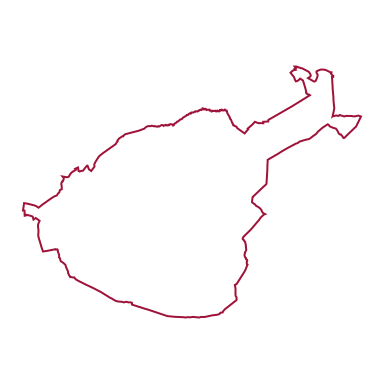 Cajvana, Suceava, Romania (Natural Earth projection)
{"feature_id": "2599482B15456779755419", "entity_name": "Cajvana", "entity_type": "district", "adm_level": 2, "iso_a3": "ROU", "parent_name": "Romania", "parent_adm1": "Suceava", "projection": "natural_earth1", "projection_center": [25.996, 47.715], "detail": "fine", "context": "isolated", "style": "outline", "palette": "rose", "viewbox_px": 384, "rotation_deg": 0, "n_neighbors": 0, "source": "geoboundaries", "source_scale": "gbopen_adm2", "svg_char_len": 5942}
<svg xmlns="http://www.w3.org/2000/svg" viewBox="0 0 384 384"><path d="M217.4,314.7L219.3,314.1L220.0,313.5L220.3,312.9L220.9,312.6L222.6,312.5L223.2,311.1L225.3,308.9L236.4,300.2L236.6,299.6L236.5,297.2L235.7,296.1L235.5,294.9L235.5,288.5L235.1,286.0L234.8,285.0L236.5,284.1L237.1,283.3L244.5,271.6L245.4,269.9L247.5,264.6L247.0,264.4L246.8,263.9L246.8,261.5L247.2,260.9L247.2,260.2L247.0,259.8L246.1,259.3L246.2,258.7L245.8,258.2L245.7,257.7L245.1,257.3L244.5,255.3L244.6,254.0L245.0,253.4L244.9,252.4L245.9,250.9L246.3,249.8L246.0,248.1L246.0,247.0L245.7,245.9L245.9,245.1L245.3,243.1L245.2,241.9L244.3,241.1L244.3,240.6L244.0,240.2L242.8,239.3L242.7,238.2L243.3,237.4L243.4,236.9L251.0,229.4L259.5,219.4L260.0,218.5L260.7,217.6L263.7,214.7L265.1,214.1L263.9,213.5L262.8,212.8L261.7,210.9L261.5,210.1L259.9,208.2L258.0,206.8L256.3,206.0L254.9,204.3L253.6,203.5L252.3,202.5L252.0,202.1L252.0,201.7L252.5,197.7L253.1,196.8L253.0,196.7L263.5,186.7L265.6,184.9L266.1,184.4L266.5,183.5L267.3,170.6L267.4,166.0L267.7,159.8L277.7,154.0L282.1,151.2L288.0,147.8L295.9,143.6L297.7,143.1L299.5,141.6L305.1,139.9L309.1,139.0L309.7,138.7L314.1,135.3L316.1,134.0L318.0,131.6L322.4,127.8L327.7,124.3L328.0,124.4L328.8,125.0L329.6,126.2L330.2,126.6L332.8,127.7L335.9,128.6L337.2,130.3L338.7,133.3L339.4,134.2L339.7,134.4L340.7,134.3L342.1,135.9L343.5,138.0L344.2,137.9L344.9,137.4L345.9,136.3L356.1,126.5L361.0,116.5L358.2,115.6L354.8,116.4L353.1,116.3L351.7,116.0L346.6,115.9L345.5,116.0L344.7,116.4L343.9,116.4L342.0,115.7L340.4,115.3L339.9,115.0L339.7,115.0L338.8,115.8L338.2,115.9L336.4,115.5L335.1,115.7L334.2,116.1L333.0,116.1L332.6,116.4L334.3,108.5L333.5,100.6L333.4,96.7L332.7,89.5L332.6,86.6L332.0,76.9L333.2,76.9L333.3,76.3L333.3,75.8L332.6,75.5L330.9,73.6L331.5,72.7L331.5,72.3L330.6,72.3L329.2,71.7L325.6,69.9L323.3,69.6L321.2,69.5L318.9,70.2L316.5,71.4L316.4,72.0L316.8,73.3L317.6,74.6L317.5,76.4L316.2,79.8L315.5,81.1L314.1,81.6L308.0,78.1L310.4,76.5L310.7,75.8L310.6,74.8L309.9,73.4L309.1,72.2L308.4,71.6L302.1,68.3L300.6,68.1L299.5,67.6L296.1,66.5L294.6,66.5L295.9,68.2L294.7,68.8L295.6,69.8L294.0,70.1L293.2,70.4L292.1,71.2L290.5,72.7L293.8,76.8L294.4,78.0L294.7,79.2L295.8,81.3L296.4,81.3L298.0,80.6L299.3,79.5L300.1,78.6L303.0,80.5L305.2,87.7L306.4,92.5L306.1,92.6L306.4,93.3L306.7,93.7L307.3,94.1L309.2,94.7L309.9,95.2L291.7,106.5L268.4,119.9L268.2,121.5L263.2,121.8L263.3,123.3L261.1,123.1L258.9,123.2L257.4,122.8L254.9,121.8L252.0,124.9L247.7,128.6L248.2,129.2L244.6,133.4L238.1,128.8L236.8,127.6L236.5,126.7L235.8,126.3L235.0,126.2L234.4,125.9L234.0,125.6L233.8,125.1L233.2,125.1L232.9,123.9L232.7,123.8L232.5,122.9L231.9,122.5L231.5,120.9L230.9,119.5L230.0,118.7L229.7,117.6L229.8,117.3L227.5,113.5L227.1,112.2L226.9,111.0L226.7,110.6L225.3,110.6L225.1,110.4L225.1,109.7L224.7,109.6L224.3,110.0L223.2,110.5L222.8,110.5L221.9,109.6L221.4,109.7L221.5,110.2L220.8,110.6L220.1,110.0L219.8,110.0L219.4,111.1L219.2,111.3L218.9,111.0L218.4,111.3L217.8,111.2L217.4,110.6L217.2,110.6L216.8,111.3L216.6,111.4L216.0,111.4L215.4,110.7L215.1,110.7L214.5,111.0L213.7,111.0L213.5,110.8L212.4,110.8L212.1,111.3L211.5,111.5L211.1,110.7L210.7,110.7L210.2,110.4L210.0,110.6L209.7,110.6L209.4,109.6L208.4,109.8L207.2,109.8L206.6,110.0L206.3,109.3L205.3,108.8L205.1,108.9L204.8,109.4L203.8,109.2L203.6,108.6L202.7,108.4L202.7,108.6L202.9,108.9L202.8,109.3L202.2,109.0L201.4,109.9L201.0,109.6L200.8,109.6L200.2,110.0L199.6,110.0L199.2,110.6L198.3,110.7L197.9,111.4L195.6,111.3L195.3,111.8L195.0,111.8L194.7,111.6L193.3,112.6L192.0,112.4L191.1,112.6L190.9,112.8L191.2,113.1L191.1,113.4L190.5,113.4L190.4,113.2L190.2,113.2L190.1,113.5L189.8,113.4L188.5,114.2L188.2,114.5L188.2,114.8L187.7,115.0L186.9,114.9L186.4,115.6L183.2,117.5L182.2,118.7L181.7,119.1L180.1,119.5L179.5,120.4L179.0,120.5L177.8,121.6L177.2,121.6L176.9,121.8L176.6,122.3L176.2,122.5L175.9,123.0L175.0,123.3L174.5,123.9L174.0,124.2L174.0,124.8L173.4,125.5L173.0,125.6L172.1,124.4L170.7,124.1L170.3,124.2L169.4,125.0L169.0,124.6L168.6,124.7L168.3,125.1L167.9,125.5L166.6,125.0L166.0,125.4L165.5,124.9L163.5,125.9L163.0,125.2L161.8,125.0L160.4,125.7L159.6,126.3L159.1,126.5L158.2,126.2L157.7,126.7L155.9,126.5L154.6,126.0L154.1,126.3L153.8,126.3L151.9,125.7L151.0,126.1L148.0,126.1L145.9,127.1L144.4,128.6L138.8,130.7L125.3,134.2L124.2,135.0L123.2,136.3L122.7,136.1L119.3,138.3L117.4,140.5L117.6,141.5L116.6,142.4L115.7,144.1L102.2,153.7L99.2,156.2L97.9,158.0L95.4,162.0L94.3,164.3L94.3,164.9L94.5,166.5L94.2,167.0L91.2,171.0L88.9,169.3L87.5,165.6L87.2,165.6L86.3,166.4L83.0,170.7L81.4,170.9L79.5,171.5L78.6,171.0L78.0,167.5L75.1,168.8L75.9,169.8L72.7,171.7L70.9,173.2L68.6,176.8L68.1,177.1L66.7,177.2L62.5,176.5L63.4,177.6L63.8,178.5L63.3,180.3L62.6,181.6L62.1,181.5L61.2,183.9L61.6,185.2L61.8,189.2L59.9,190.1L59.3,192.4L58.1,193.4L56.9,195.4L53.9,196.6L50.3,199.0L42.3,204.7L38.6,207.7L35.8,205.9L34.7,205.5L27.6,203.7L24.1,203.1L23.0,210.5L24.5,210.6L24.7,215.7L26.2,215.4L26.1,214.7L30.3,215.7L32.7,216.6L33.5,219.6L35.7,218.0L39.6,220.8L38.5,223.3L38.0,225.2L38.0,226.8L38.5,230.1L38.4,233.3L38.2,235.1L38.6,237.4L41.0,245.4L41.3,246.6L43.0,251.5L48.1,250.7L55.5,249.2L55.7,249.6L57.3,249.4L57.4,249.8L57.9,250.3L57.8,251.0L58.0,251.9L58.7,253.9L59.1,254.6L59.1,257.5L59.8,258.0L60.6,260.8L60.9,261.3L63.2,262.8L65.4,264.8L66.1,267.3L66.4,267.7L67.1,269.6L68.0,271.3L68.1,273.2L68.8,274.2L68.8,274.7L69.2,275.5L70.2,276.5L70.3,277.1L71.0,277.0L72.9,277.5L74.3,277.4L75.0,278.3L75.2,278.7L76.2,279.6L78.5,280.9L86.0,284.7L92.9,287.9L101.0,292.1L110.5,298.0L111.7,298.4L112.9,299.3L115.6,300.8L118.1,301.5L122.1,301.8L124.0,302.4L126.0,301.8L126.6,301.8L128.2,302.3L131.1,302.4L132.0,302.9L132.1,303.4L131.9,304.0L131.9,304.4L132.2,304.7L145.1,308.8L148.0,309.6L167.4,316.1L174.5,316.8L183.5,317.2L185.3,317.5L188.2,317.1L189.1,317.3L190.1,317.3L193.1,316.9L198.9,317.5L199.5,317.5L201.2,316.9L204.6,317.0L212.0,315.4L217.4,314.7Z" fill="none" stroke="#9f1239" stroke-width="2"/></svg>